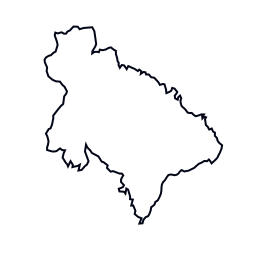 outline of Pejuçara, Rio Grande do Sul, Brazil, rotated 192°
{"feature_id": "56859067B42637722016713", "entity_name": "Pejuçara", "entity_type": "district", "adm_level": 2, "iso_a3": "BRA", "parent_name": "Brazil", "parent_adm1": "Rio Grande do Sul", "projection": "robinson", "projection_center": [-53.603, -28.445], "detail": "fine", "context": "isolated", "style": "outline", "palette": "ink", "viewbox_px": 256, "rotation_deg": 192, "n_neighbors": 0, "source": "geoboundaries", "source_scale": "gbopen_adm2", "svg_char_len": 2863}
<svg xmlns="http://www.w3.org/2000/svg" viewBox="0 0 256 256"><g transform="rotate(192 128 128)"><path d="M66.1,154.3L68.8,156.0L70.9,155.4L72.9,155.5L75.8,158.1L80.1,160.6L81.4,162.9L82.4,165.6L82.1,168.1L83.8,170.5L85.2,168.7L85.3,166.0L88.2,166.9L89.0,169.5L87.9,171.4L87.3,173.5L90.6,176.2L93.1,176.4L93.4,173.5L94.9,172.0L97.7,170.1L98.8,173.5L99.8,175.4L101.4,178.3L103.1,178.3L105.8,176.8L107.7,179.0L110.6,181.1L112.7,182.6L115.9,182.5L118.8,184.7L121.4,184.1L122.5,186.1L124.5,186.0L126.7,183.7L126.8,186.3L129.2,187.4L130.2,185.8L134.1,187.3L136.7,187.7L138.8,188.3L140.6,188.6L141.5,185.3L144.8,188.4L147.2,188.3L148.5,185.2L150.3,187.6L150.6,189.7L152.1,191.3L153.2,194.2L155.2,197.8L155.9,201.0L157.9,201.5L161.5,203.3L163.6,202.3L166.0,200.2L169.0,198.8L171.8,198.8L172.3,196.1L174.2,196.1L176.7,195.4L178.5,193.5L178.8,195.7L176.9,201.1L176.6,203.6L181.0,215.6L183.9,219.1L192.2,216.6L195.9,214.6L198.2,216.6L202.4,215.9L205.1,211.4L207.4,209.6L208.1,207.5L210.2,206.9L212.6,207.8L214.5,207.0L216.3,205.9L218.9,206.2L218.9,203.3L215.5,197.7L214.1,194.6L214.7,187.7L216.6,186.0L218.6,183.1L220.5,182.2L222.9,179.9L223.8,177.5L223.0,175.0L219.7,170.4L219.4,166.7L216.6,162.0L211.7,159.4L208.2,158.7L204.2,159.2L201.1,156.5L198.6,155.1L195.3,151.1L195.5,148.9L197.0,145.7L196.4,138.0L198.3,135.5L200.2,131.9L203.7,124.6L203.1,121.8L203.0,115.7L203.7,111.5L205.3,110.5L207.1,105.5L205.1,102.9L203.0,98.6L202.8,95.2L203.1,92.4L202.6,89.7L199.5,89.4L197.0,89.3L194.8,89.8L193.1,90.6L190.2,93.9L187.8,92.7L185.0,93.1L185.7,89.6L185.8,85.5L182.0,81.4L179.8,79.7L178.7,78.0L177.3,83.6L174.3,80.5L174.2,78.2L172.0,79.3L169.5,80.3L167.5,82.1L167.6,76.1L164.6,77.4L162.2,81.8L160.6,83.6L159.7,87.3L165.2,96.1L165.6,103.0L163.7,100.5L160.2,98.2L158.2,96.1L151.1,94.1L146.7,89.6L144.8,89.5L140.1,87.2L140.3,84.6L135.9,81.7L133.7,82.7L127.0,81.7L124.4,82.1L122.8,80.7L124.1,76.5L123.6,73.7L120.1,71.3L120.7,69.1L124.4,66.6L123.2,64.2L118.7,64.8L116.9,63.3L117.0,68.4L115.1,67.7L111.7,61.5L111.2,58.8L108.4,59.0L108.7,52.8L106.8,53.3L103.5,48.5L103.6,45.3L99.8,43.2L96.0,42.5L97.0,36.9L94.0,37.8L93.8,41.4L92.1,44.6L90.1,45.8L89.3,48.0L88.7,51.7L88.8,55.4L87.5,56.8L86.2,58.5L85.9,61.3L83.8,63.5L82.8,67.1L82.2,70.5L82.3,73.4L82.8,76.3L83.1,79.4L82.5,82.2L80.9,84.9L79.9,87.8L78.7,90.4L76.3,91.5L72.6,91.5L70.5,92.5L69.1,94.1L68.3,96.1L66.8,98.0L63.8,97.2L61.8,98.1L59.8,98.9L57.7,100.6L55.1,102.6L53.1,105.3L51.2,107.8L48.7,109.5L46.5,111.6L43.7,112.0L42.3,114.0L40.6,112.6L38.9,110.8L37.0,113.4L35.4,115.8L34.3,117.8L33.8,120.1L33.0,122.9L32.6,125.2L32.2,127.4L32.4,130.7L35.7,132.4L37.8,134.3L38.9,136.7L41.4,138.4L42.0,141.5L44.2,142.3L46.0,144.9L48.3,143.4L50.3,145.8L52.4,147.1L53.7,150.5L54.5,152.6L53.9,154.7L55.8,155.0L57.2,152.8L57.9,154.9L56.7,157.0L59.0,156.6L61.5,155.0L64.2,153.6L66.1,154.3Z" fill="none" stroke="#020617" stroke-width="2"/></g></svg>